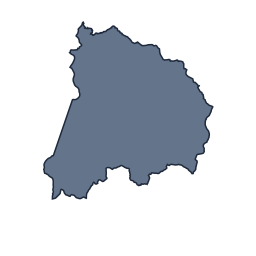 outline of Aoral, Kâmpóng Spœ, Cambodia, rotated 199°
{"feature_id": "14789045B24826472833777", "entity_name": "Aoral", "entity_type": "district", "adm_level": 2, "iso_a3": "KHM", "parent_name": "Cambodia", "parent_adm1": "Kâmpóng Spœ", "projection": "albers", "projection_center": [104.049, 11.778], "detail": "fine", "context": "isolated", "style": "filled", "palette": "slate", "viewbox_px": 256, "rotation_deg": 199, "n_neighbors": 0, "source": "geoboundaries", "source_scale": "gbopen_adm2", "svg_char_len": 5829}
<svg xmlns="http://www.w3.org/2000/svg" viewBox="0 0 256 256"><g transform="rotate(199 128 128)"><path d="M176.4,36.3L174.4,37.6L173.6,38.3L171.0,43.6L170.9,44.2L171.4,47.6L171.3,48.1L170.8,48.3L169.8,48.3L168.9,47.9L168.3,47.6L166.9,45.7L165.0,44.6L164.6,44.5L163.8,44.7L161.4,44.4L160.5,44.6L160.2,45.9L159.9,46.4L159.6,46.6L157.1,46.8L155.6,46.1L154.3,45.3L151.1,45.4L150.4,45.6L149.8,45.9L147.7,48.2L147.2,48.3L144.6,47.9L144.5,48.1L145.4,50.8L145.7,53.2L145.2,54.7L145.1,56.4L144.3,58.2L144.3,59.3L144.1,60.2L143.8,60.6L144.0,61.2L142.9,62.8L143.2,64.1L142.9,65.4L142.7,65.6L142.3,65.5L140.8,64.5L139.7,64.7L138.6,65.8L139.3,67.2L138.7,69.2L138.5,69.5L137.9,69.8L135.8,69.5L134.9,69.1L133.8,69.6L131.6,73.2L131.6,73.8L132.5,74.4L133.1,75.3L133.8,78.2L135.5,82.3L135.5,82.6L135.3,83.3L134.2,84.1L132.1,84.5L130.0,83.9L129.2,83.9L128.5,85.2L127.4,86.0L126.4,86.2L124.9,87.9L123.6,88.8L122.6,90.1L122.1,90.4L120.9,90.4L118.4,89.8L116.6,89.6L115.8,89.6L114.2,90.0L113.4,89.6L113.0,88.5L113.0,87.8L112.3,87.3L111.7,86.0L110.6,84.6L110.8,83.8L110.0,82.7L110.1,81.3L108.7,79.8L108.4,79.6L105.6,79.7L104.8,78.8L104.1,78.7L103.3,79.0L102.1,78.6L100.9,77.4L99.3,77.1L99.2,77.4L98.3,77.5L98.0,78.1L97.4,78.1L97.1,78.3L97.3,79.1L96.9,79.7L96.4,79.6L95.5,79.7L94.0,80.7L93.0,80.7L92.2,81.1L91.6,81.0L91.7,81.5L91.3,82.4L91.5,83.0L91.3,84.1L91.3,87.4L91.4,87.9L91.9,88.5L92.6,89.4L93.0,89.6L92.8,89.8L92.9,90.9L92.7,91.3L92.4,91.6L91.8,91.5L91.5,91.6L91.2,92.0L91.2,93.0L90.7,93.5L90.4,93.4L87.8,94.0L86.5,94.5L84.9,94.7L84.0,95.2L82.7,97.7L81.8,97.9L81.1,98.5L80.8,99.3L80.2,100.1L79.4,100.7L78.7,101.9L78.3,102.4L78.4,103.0L79.2,104.0L78.9,106.3L78.1,106.0L76.8,106.0L75.9,107.3L75.1,107.8L71.0,108.5L69.0,109.5L68.3,110.1L67.6,110.0L65.6,110.3L64.4,110.2L63.0,109.5L60.7,109.3L59.5,108.9L58.3,108.9L56.6,107.7L54.2,106.9L52.7,105.7L51.9,105.9L51.6,106.1L51.5,106.5L51.8,107.2L51.8,107.9L50.9,109.2L50.5,111.3L51.0,112.3L51.0,113.3L51.2,114.5L51.5,118.2L52.1,119.4L53.7,119.9L54.2,120.3L54.3,120.8L54.2,123.9L54.1,124.9L53.8,125.6L49.8,127.8L48.8,128.6L48.4,129.2L48.3,130.9L49.0,132.0L49.1,132.9L49.4,133.6L50.6,134.8L51.2,136.4L51.2,137.0L50.6,138.3L49.9,139.3L48.9,140.1L48.9,141.5L48.6,142.6L48.4,145.4L48.9,148.1L49.5,149.4L50.9,151.3L53.4,153.0L55.7,155.6L56.4,156.9L56.6,157.9L56.9,158.6L57.2,161.0L56.9,161.7L57.2,162.0L57.2,162.4L56.6,164.1L55.3,166.2L54.8,170.5L55.1,172.7L54.7,175.4L54.8,175.7L55.9,175.9L58.3,175.9L59.5,176.2L60.6,176.8L61.8,176.9L62.7,177.9L63.7,178.8L64.3,179.8L65.3,180.0L66.0,180.5L66.3,180.5L66.4,181.5L67.9,184.1L69.0,184.4L69.8,185.6L71.7,185.9L73.0,187.2L73.7,187.5L74.6,188.6L75.3,189.0L75.4,189.4L74.5,190.8L74.5,191.0L75.3,190.6L76.2,191.5L79.3,193.0L80.6,192.7L81.0,192.8L82.8,195.6L87.6,196.2L89.8,197.1L90.6,197.8L91.2,198.9L91.5,200.7L91.3,202.1L93.1,202.7L93.4,202.7L94.2,202.3L94.4,202.4L95.4,204.4L96.1,206.8L96.9,207.4L97.8,208.4L99.7,208.4L99.9,208.3L100.9,208.2L101.4,207.6L102.3,207.4L102.7,208.1L103.8,208.3L104.6,207.5L107.2,205.8L108.5,205.7L109.8,205.0L110.1,205.1L110.7,206.3L111.2,206.2L112.3,205.8L113.3,205.1L114.4,204.8L115.3,204.2L117.1,204.3L119.7,206.6L120.5,207.2L121.4,208.1L122.4,209.5L124.0,213.0L124.8,213.3L125.6,213.4L127.4,214.8L128.0,215.1L128.9,215.0L130.1,214.1L132.2,214.7L132.9,214.5L136.2,213.2L136.9,212.5L140.1,210.9L141.1,210.8L141.6,210.4L143.3,211.1L144.5,211.4L146.6,212.3L147.1,212.3L147.4,211.9L147.3,211.4L148.0,211.3L148.1,211.0L148.4,210.9L148.8,210.4L149.4,210.1L150.1,210.1L150.6,210.3L151.4,210.2L151.9,210.3L154.2,212.1L154.8,212.2L155.5,212.9L156.7,213.1L157.8,213.9L158.7,214.1L159.6,213.8L160.1,214.2L161.8,214.2L162.7,214.5L163.2,214.5L163.5,214.7L163.9,214.5L164.4,215.1L164.4,215.4L164.9,215.6L165.7,215.5L166.6,215.6L166.6,215.9L166.9,216.2L166.9,216.3L167.6,216.8L168.8,216.6L169.6,216.9L170.0,217.5L170.0,217.9L170.5,218.5L171.2,218.7L172.7,218.8L172.8,218.6L173.3,219.4L174.3,219.7L174.8,219.7L175.7,219.2L176.5,217.7L176.2,217.5L178.1,215.4L178.2,214.9L179.3,214.4L180.6,211.8L181.1,211.8L182.4,211.2L182.6,210.6L182.8,210.5L183.2,209.8L183.6,209.7L183.7,209.4L183.9,209.3L184.2,209.5L184.7,209.3L184.9,208.9L185.2,209.0L185.5,208.7L185.6,208.2L186.3,208.0L186.7,207.6L187.1,207.6L187.5,207.3L187.8,207.5L188.7,207.3L189.1,207.4L189.4,207.0L189.3,206.5L189.9,206.1L190.1,205.4L190.5,205.3L190.9,204.4L191.6,204.3L192.1,204.9L194.0,204.7L193.9,205.7L193.4,206.0L193.0,206.4L192.9,206.8L193.2,207.5L193.1,208.4L193.4,208.6L193.9,208.6L194.2,209.0L194.1,209.4L194.8,209.6L194.9,210.0L195.2,210.0L196.9,209.8L197.9,209.2L198.7,209.7L198.8,209.3L198.5,208.9L199.8,208.6L200.5,208.8L201.1,208.5L201.0,209.4L202.1,209.4L202.5,210.0L203.7,210.7L203.9,211.2L203.8,212.5L204.9,213.5L205.3,212.6L205.1,210.9L205.4,209.5L207.2,205.5L207.1,204.8L206.6,204.0L206.3,202.0L206.5,200.2L207.1,198.7L206.9,198.0L205.3,197.4L204.4,196.9L203.5,196.1L202.8,195.1L201.9,193.3L198.9,191.5L198.8,190.9L199.5,189.5L200.1,189.1L200.3,188.7L200.3,187.3L200.9,186.8L201.4,186.9L201.5,185.4L203.5,184.6L204.3,184.1L207.2,183.3L207.5,182.9L207.6,182.2L207.4,181.3L207.4,180.6L207.7,180.2L205.7,179.4L203.1,179.0L201.9,178.1L201.2,176.7L201.0,175.1L201.4,171.2L202.4,167.8L202.6,166.5L200.5,166.0L197.1,162.8L196.3,161.6L195.9,160.3L195.9,157.0L195.5,155.5L194.9,154.3L192.4,151.3L191.1,150.5L189.6,150.1L188.1,149.5L187.0,148.5L186.0,146.4L184.7,144.6L184.2,143.0L184.2,142.1L184.5,140.9L185.5,139.1L186.5,138.1L187.4,137.5L188.9,137.2L189.7,136.7L189.6,77.6L190.6,77.1L191.6,75.1L192.1,74.4L193.4,73.4L194.4,71.6L195.2,69.6L195.6,66.7L195.2,65.2L194.2,63.5L194.1,61.2L193.5,60.6L192.9,59.3L192.0,58.1L190.8,58.2L188.1,57.7L186.5,56.7L183.5,56.1L182.5,55.3L182.0,54.6L181.2,53.0L180.1,49.4L179.5,48.5L178.9,45.0L178.5,44.4L177.9,43.7L177.7,42.4L177.9,41.5L177.8,41.1L177.3,40.7L177.3,39.1L176.4,36.3Z" fill="#64748b" stroke="#1e293b" stroke-width="1.5"/></g></svg>